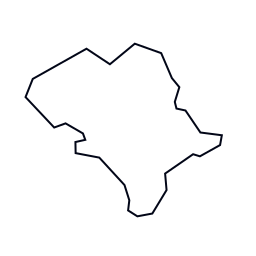 Aweil South, Northern Bahr el Ghazal, South Sudan, rotated 250°
{"feature_id": "79223893B68307976822083", "entity_name": "Aweil South", "entity_type": "district", "adm_level": 2, "iso_a3": "SSD", "parent_name": "South Sudan", "parent_adm1": "Northern Bahr el Ghazal", "projection": "natural_earth1", "projection_center": [27.717, 8.666], "detail": "fine", "context": "isolated", "style": "outline", "palette": "ink", "viewbox_px": 256, "rotation_deg": 250, "n_neighbors": 0, "source": "geoboundaries", "source_scale": "gbopen_adm2", "svg_char_len": 516}
<svg xmlns="http://www.w3.org/2000/svg" viewBox="0 0 256 256"><g transform="rotate(250 128 128)"><path d="M187.0,184.8L204.9,163.2L194.1,132.8L216.7,116.1L206.7,55.3L192.1,42.3L153.7,58.8L153.7,70.9L138.3,83.8L131.5,83.8L132.8,73.8L122.3,70.2L110.0,90.9L75.6,105.2L59.6,104.5L50.5,99.9L41.8,106.6L39.3,121.6L56.5,143.0L72.5,147.3L81.1,180.2L76.8,185.9L80.5,208.7L89.1,213.7L99.0,194.5L124.8,188.0L129.7,180.2L136.5,180.9L148.8,190.2L159.9,186.3L187.0,184.8Z" fill="none" stroke="#020617" stroke-width="2"/></g></svg>